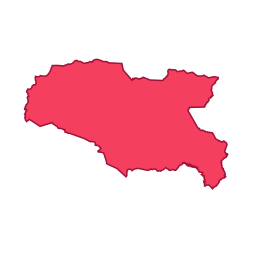 the district of Yoro, Yoro, Honduras, rotated 168°
{"feature_id": "27666195B27527118551469", "entity_name": "Yoro", "entity_type": "district", "adm_level": 2, "iso_a3": "HND", "parent_name": "Honduras", "parent_adm1": "Yoro", "projection": "orthographic", "projection_center": [-87.286, 15.28], "detail": "fine", "context": "isolated", "style": "filled", "palette": "rose", "viewbox_px": 256, "rotation_deg": 168, "n_neighbors": 0, "source": "geoboundaries", "source_scale": "gbopen_adm2", "svg_char_len": 5665}
<svg xmlns="http://www.w3.org/2000/svg" viewBox="0 0 256 256"><g transform="rotate(168 128 128)"><path d="M107.6,79.6L105.9,79.5L104.9,79.0L104.0,79.7L102.5,79.7L99.2,81.4L98.2,79.9L97.1,79.5L96.6,78.2L96.3,77.9L95.3,77.7L93.1,78.2L91.2,77.0L90.2,76.7L88.1,78.1L85.5,80.6L83.1,81.0L82.5,81.4L82.2,81.9L81.5,81.9L81.3,82.2L81.3,82.6L80.6,82.2L80.2,82.5L80.1,82.3L80.4,81.9L79.8,81.6L79.2,82.0L78.9,81.6L79.0,81.3L78.3,80.6L78.7,80.3L78.5,79.8L77.5,80.4L77.3,80.2L77.1,80.5L77.0,80.4L76.9,79.8L77.3,79.3L77.5,78.9L77.4,78.5L76.8,78.2L76.3,78.3L75.7,78.8L75.2,78.9L75.1,79.5L74.9,79.1L75.1,78.5L75.1,78.2L74.4,78.7L73.8,78.5L74.1,77.9L74.9,77.7L74.9,77.3L73.8,77.1L73.6,76.7L73.1,76.4L72.7,76.9L72.9,77.3L72.3,77.2L71.9,77.5L71.7,77.0L71.9,76.1L71.3,76.1L71.0,75.7L70.6,75.9L70.5,76.5L70.0,76.3L69.4,75.6L69.7,74.9L69.4,74.3L69.0,74.5L68.8,75.3L68.3,75.1L68.4,74.3L68.6,74.0L68.4,73.5L68.6,72.7L67.9,72.0L67.6,70.3L66.9,69.8L65.3,69.5L64.1,68.9L64.1,68.6L64.5,68.5L64.7,68.0L66.0,67.2L65.6,66.8L64.6,66.3L64.7,65.5L63.7,65.5L63.4,65.1L63.5,64.6L64.0,63.5L64.0,62.6L63.4,61.5L64.9,60.4L64.8,60.0L64.1,59.4L64.9,59.4L65.1,59.1L64.4,58.0L64.9,57.5L65.1,55.4L64.6,55.1L63.1,56.0L61.6,55.5L61.1,55.5L60.1,54.6L59.1,52.9L58.5,52.2L58.3,51.5L57.8,51.3L57.8,51.1L57.3,51.4L57.4,51.9L57.3,52.1L56.1,52.1L54.8,52.8L53.7,52.9L53.1,53.6L52.6,53.7L51.8,54.6L51.0,55.2L50.7,55.8L49.9,56.3L49.8,57.1L49.0,57.6L48.4,58.4L47.3,58.3L46.9,58.8L46.3,59.1L44.8,59.3L44.0,59.2L43.7,59.7L42.6,59.9L42.6,60.5L43.5,60.9L43.6,61.3L43.5,61.9L43.0,61.8L42.6,62.1L42.5,63.1L42.8,63.5L42.6,64.7L42.9,65.9L43.5,66.5L43.3,67.2L43.6,68.1L43.3,68.5L43.9,68.8L43.7,69.1L44.1,70.1L44.0,71.5L44.3,72.2L43.9,72.7L43.8,73.5L44.1,74.1L43.6,74.9L44.0,75.3L44.0,75.8L40.5,78.5L39.8,78.4L39.1,78.7L38.7,79.1L38.1,79.1L37.6,79.6L37.3,80.4L36.9,80.3L36.5,80.9L36.8,81.2L36.0,81.7L36.6,82.3L37.6,82.0L37.5,83.1L38.4,84.2L38.5,84.5L37.9,85.4L37.7,86.4L36.8,87.2L36.8,87.9L35.0,90.3L34.6,91.5L34.8,92.7L35.6,93.9L36.5,94.6L36.8,95.3L37.8,95.3L39.0,94.6L41.5,96.8L41.9,96.5L42.2,96.7L42.5,97.4L44.5,99.2L46.2,105.4L46.6,105.8L47.2,105.8L48.0,106.4L48.8,106.5L49.3,106.9L50.4,107.1L50.9,107.3L51.2,107.7L52.8,108.1L53.2,108.8L53.6,108.9L55.0,110.1L55.7,110.4L56.1,110.2L56.5,110.5L57.2,110.4L58.0,111.1L58.3,112.2L58.1,112.5L58.6,113.0L59.6,113.4L65.6,132.1L65.5,132.6L65.8,132.9L64.8,133.9L63.9,134.3L63.7,135.4L48.7,132.6L48.4,132.9L48.4,133.5L48.0,133.7L47.8,134.7L46.9,134.9L45.5,136.7L44.9,136.4L44.8,136.9L43.4,137.8L42.9,138.4L43.2,139.2L43.1,139.4L41.8,140.4L40.9,140.2L40.7,140.4L40.6,141.0L40.1,141.0L40.0,141.4L39.5,141.3L38.6,142.0L38.1,142.1L38.1,142.3L38.6,142.7L38.4,143.1L38.1,144.8L38.5,146.8L38.8,147.5L38.6,148.4L38.3,148.5L37.9,148.9L37.8,149.9L37.1,151.8L33.3,154.0L31.9,156.2L29.9,157.0L29.2,158.6L33.1,160.3L38.7,160.3L42.8,163.9L44.5,163.4L48.8,164.3L49.8,165.0L53.2,169.0L53.8,169.2L58.8,169.1L61.5,172.9L62.5,172.9L63.4,172.6L64.3,172.5L65.3,172.9L67.8,172.8L68.8,173.8L69.2,174.9L74.6,176.4L75.4,176.9L76.6,176.3L77.0,175.8L77.3,174.7L77.3,172.8L78.5,171.0L79.4,170.7L81.0,169.2L82.1,168.6L83.0,168.5L83.5,167.7L83.9,167.3L84.4,167.3L96.3,170.3L102.7,174.5L103.8,173.9L105.7,173.8L105.9,173.6L106.6,173.5L106.9,173.9L107.8,173.9L109.1,175.0L110.6,175.4L110.9,175.2L111.6,175.3L111.6,175.1L112.0,175.1L112.2,174.8L112.6,175.0L112.5,174.6L112.9,174.7L113.2,174.3L113.6,174.6L114.2,174.0L120.6,185.6L120.6,192.4L133.5,195.8L133.9,196.0L134.1,196.7L134.7,197.2L135.5,197.6L136.4,197.6L138.8,198.3L140.6,199.9L141.6,200.1L143.0,201.3L143.8,201.2L144.5,201.7L145.5,201.8L148.1,201.3L148.4,201.0L148.7,200.0L149.0,199.8L151.1,200.9L153.5,200.2L155.2,200.5L156.4,200.2L158.0,200.7L160.9,203.1L162.1,203.4L162.8,203.4L163.4,203.9L163.7,204.6L165.1,204.9L165.9,204.8L168.9,202.8L171.5,202.4L173.4,203.1L174.3,202.6L176.7,202.5L178.1,202.0L179.2,202.5L185.7,204.3L186.6,204.3L189.0,204.9L192.2,199.9L194.0,197.9L195.4,196.8L196.7,196.1L198.0,196.0L199.9,196.2L202.5,197.4L204.7,196.7L206.0,196.8L207.5,197.8L208.2,196.9L208.4,195.7L208.3,195.0L208.6,194.1L208.3,192.6L209.0,190.2L209.5,189.6L211.2,189.9L211.8,189.4L212.4,189.5L213.3,188.6L213.5,187.8L215.3,186.3L216.0,186.2L216.8,186.6L218.0,186.9L218.3,186.3L219.5,185.2L219.5,183.9L218.8,182.8L218.9,181.9L218.6,179.6L219.7,179.5L220.1,178.7L220.2,177.9L220.0,177.2L220.1,176.5L219.9,175.0L220.5,174.3L220.6,173.7L220.8,173.2L223.1,171.6L223.4,170.6L224.2,170.0L224.4,169.0L225.2,168.2L225.2,167.6L224.9,167.2L223.8,167.6L223.4,167.1L223.9,165.3L224.6,165.2L225.4,164.0L225.3,163.2L226.3,162.9L226.2,162.5L225.8,162.3L225.7,161.7L226.1,160.5L226.8,159.9L226.5,158.1L226.7,157.3L225.8,155.4L225.5,155.7L223.6,156.3L222.7,157.0L213.7,147.9L201.2,149.0L200.7,147.9L200.2,147.3L199.4,146.7L198.6,145.6L197.0,144.3L196.6,142.8L196.2,142.2L195.0,141.9L194.1,141.4L192.7,141.2L191.5,139.9L190.0,139.4L190.0,139.2L190.6,138.6L190.1,137.4L190.3,137.0L189.2,136.6L187.7,135.3L186.5,135.1L173.1,126.9L167.7,122.4L167.0,122.3L166.4,122.4L165.7,122.0L164.0,121.6L163.1,120.0L163.4,119.0L163.4,118.7L163.6,118.1L162.9,117.6L162.5,117.8L162.2,117.5L161.6,117.6L160.8,116.8L160.3,116.6L160.2,115.8L159.6,115.1L159.4,114.6L158.9,114.3L159.0,114.0L158.7,113.7L158.9,113.3L159.5,113.1L160.4,112.5L160.9,111.8L161.7,112.1L162.0,112.0L162.2,110.9L161.5,110.5L161.0,110.6L160.7,110.3L159.0,109.8L157.0,108.5L156.1,100.3L156.2,99.9L156.1,98.6L156.3,97.5L147.2,90.7L140.1,80.7L139.1,81.6L138.3,85.0L137.4,86.8L136.4,87.4L135.8,87.5L134.6,87.3L133.8,86.9L133.0,85.4L130.1,86.6L126.4,86.4L117.8,82.6L116.6,82.4L115.9,82.5L114.1,83.4L113.4,82.4L113.0,82.2L111.4,82.4L109.7,82.2L108.8,81.1L108.4,79.9L107.6,79.6Z" fill="#f43f5e" stroke="#9f1239" stroke-width="1.5"/></g></svg>